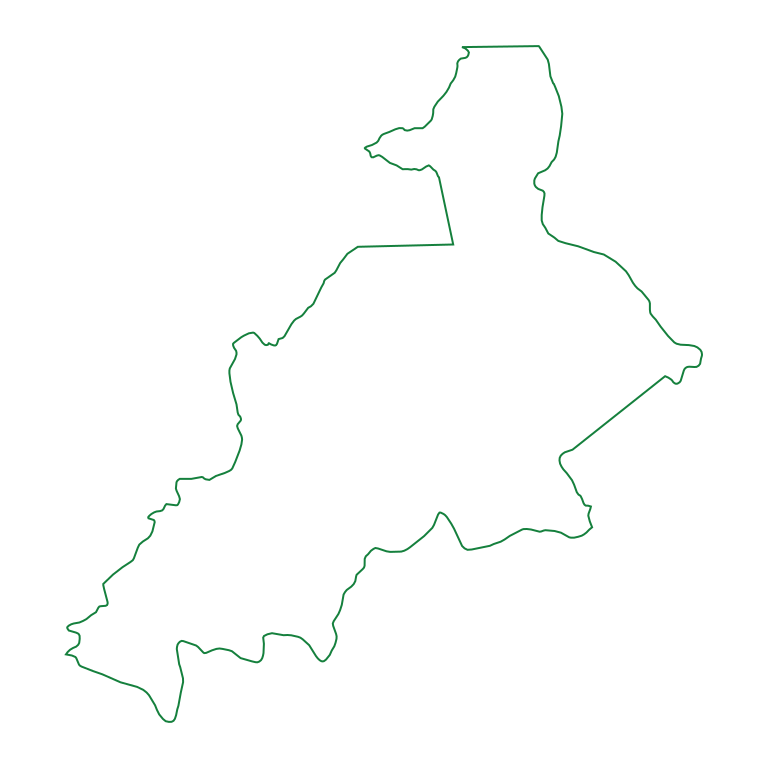 Santa Lucia, Intibucá, Honduras (orthographic projection)
{"feature_id": "27666195B24919955333863", "entity_name": "Santa Lucia", "entity_type": "district", "adm_level": 2, "iso_a3": "HND", "parent_name": "Honduras", "parent_adm1": "Intibucá", "projection": "orthographic", "projection_center": [-88.432, 13.907], "detail": "fine", "context": "isolated", "style": "outline", "palette": "green", "viewbox_px": 768, "rotation_deg": 0, "n_neighbors": 0, "source": "geoboundaries", "source_scale": "gbopen_adm2", "svg_char_len": 6063}
<svg xmlns="http://www.w3.org/2000/svg" viewBox="0 0 768 768"><path d="M462.0,47.1L465.3,48.4L467.9,50.7L468.9,52.5L468.3,55.0L467.6,56.3L466.6,57.3L465.2,57.9L460.8,58.6L459.2,59.9L458.0,61.4L457.3,63.3L457.5,66.0L457.3,67.7L456.2,73.1L455.2,76.7L453.2,80.3L450.7,83.5L449.0,87.6L446.4,92.0L443.3,95.9L437.8,101.6L434.4,106.7L433.3,109.3L433.2,113.0L432.7,116.0L431.7,119.4L430.9,120.6L424.6,126.8L422.6,128.2L414.6,128.2L409.6,130.2L407.2,130.6L404.7,130.1L403.3,128.6L402.5,128.2L399.2,128.1L395.3,129.3L389.2,132.0L384.0,133.9L382.4,134.7L381.2,135.7L379.5,138.2L378.2,140.9L376.6,142.6L372.0,145.0L366.9,146.6L365.2,147.6L364.8,148.1L365.0,148.6L369.3,151.5L370.2,153.3L370.7,155.9L371.6,157.2L373.3,157.3L376.9,155.6L378.6,155.2L379.6,155.4L382.2,156.9L389.9,162.9L396.6,165.4L402.6,169.2L407.6,169.1L411.3,169.6L414.2,169.0L416.5,169.3L418.6,170.2L419.7,170.2L421.8,169.5L426.2,166.5L428.8,165.4L430.2,166.3L433.4,169.6L435.4,170.9L436.4,172.2L438.0,176.2L439.0,177.4L453.2,244.5L357.8,246.8L347.4,253.8L343.1,259.5L340.2,263.0L336.3,270.4L334.7,272.8L325.0,279.6L324.2,281.0L323.6,283.3L321.3,287.4L313.4,303.8L310.9,306.3L308.2,307.8L303.8,313.6L302.1,315.5L300.5,316.6L295.9,319.0L294.1,320.6L291.4,324.2L284.5,336.2L282.6,338.0L278.6,339.1L277.0,343.8L276.1,345.1L275.1,345.5L273.8,345.4L271.2,344.5L268.9,343.2L268.5,343.5L268.2,344.5L267.4,344.9L266.1,345.1L264.7,344.7L262.4,342.6L259.8,338.7L257.4,335.9L254.3,333.0L253.1,332.6L248.9,333.3L244.0,335.6L241.3,337.2L233.7,343.0L233.0,344.0L233.2,345.7L234.1,347.9L236.1,350.8L236.5,352.6L236.5,354.4L235.0,359.0L229.8,368.4L229.4,370.5L229.4,373.2L230.5,381.8L233.1,393.0L236.5,404.4L237.7,412.5L238.4,414.7L240.2,416.6L240.9,418.5L241.0,419.7L240.7,420.6L237.7,424.2L237.1,426.0L237.8,428.4L241.4,435.7L241.9,437.7L242.1,439.6L241.4,444.4L239.6,450.6L235.2,462.0L232.3,468.4L231.1,469.8L229.2,471.0L224.7,473.0L216.1,475.9L209.4,479.9L205.7,479.3L204.3,478.6L202.9,477.3L201.7,477.0L191.2,478.9L179.7,478.9L178.2,479.9L177.0,481.2L176.5,482.3L175.9,488.5L176.6,490.8L179.1,496.2L179.9,499.1L179.2,502.0L178.0,504.4L177.3,505.1L176.0,505.3L166.4,504.1L165.1,505.6L163.5,509.0L162.2,510.4L160.1,511.1L156.5,511.5L154.1,512.4L151.4,514.0L149.2,515.9L148.2,517.2L148.5,518.3L153.8,520.0L154.4,520.8L154.7,522.1L152.4,531.4L150.3,535.7L147.9,538.3L142.9,541.5L139.3,544.6L137.8,547.7L133.9,558.3L132.8,560.2L130.6,561.9L122.5,567.2L113.1,574.5L103.3,583.9L103.3,585.2L104.1,588.9L107.6,602.2L107.6,603.7L107.1,605.0L105.7,605.8L100.7,606.2L99.4,606.5L98.4,607.6L96.0,612.2L91.1,615.2L86.4,619.1L83.1,620.9L79.4,622.5L73.7,623.5L71.2,624.3L68.7,625.7L67.4,627.0L67.2,627.7L67.5,628.6L68.8,630.5L76.0,632.6L77.8,633.4L78.8,634.2L79.6,635.8L79.7,638.9L79.2,642.9L78.2,644.8L76.2,646.6L73.0,648.0L70.0,649.8L67.6,652.1L66.0,654.4L71.9,655.5L75.4,657.0L76.3,658.2L79.0,664.6L80.0,665.7L81.6,666.6L93.1,671.1L102.3,674.3L120.5,682.3L137.1,686.9L143.3,689.9L146.6,692.5L149.0,695.2L155.1,705.3L156.9,709.8L159.2,714.4L162.9,718.9L165.7,721.2L168.9,721.9L171.6,721.8L173.5,720.8L174.9,718.8L176.1,715.2L177.3,709.3L178.4,705.8L180.8,692.6L183.1,682.1L183.0,678.4L180.2,667.1L179.2,664.3L176.8,649.0L177.0,647.0L177.6,644.6L178.5,643.2L179.8,641.8L181.6,640.9L183.3,641.1L196.1,645.5L198.1,647.0L203.3,652.5L204.2,653.1L206.1,652.9L212.1,650.3L216.4,648.9L219.5,648.5L222.5,648.9L228.9,650.2L231.9,651.2L240.6,658.1L252.1,661.4L255.6,662.2L257.4,662.3L259.2,661.6L261.0,660.2L262.2,658.2L263.0,655.7L263.5,653.1L263.9,643.8L263.2,637.6L264.0,636.0L267.4,634.3L272.0,633.2L283.6,635.2L287.5,635.0L291.3,635.3L298.0,636.8L300.4,637.7L302.7,639.3L309.2,645.2L316.0,656.1L317.8,658.4L319.7,660.2L321.4,661.2L322.8,661.4L324.0,661.1L326.0,659.6L329.8,654.9L331.7,650.6L334.3,646.3L335.5,642.9L336.5,638.8L336.6,636.3L336.1,634.0L333.2,625.9L332.8,623.5L333.7,621.2L338.4,614.0L340.1,610.1L341.8,604.8L343.6,594.5L345.0,592.1L346.7,590.0L351.3,586.6L353.7,584.1L355.3,581.1L356.1,576.5L356.6,574.8L362.7,569.1L364.0,567.6L364.6,565.7L364.7,558.9L365.8,556.3L368.1,554.2L370.9,550.8L373.5,548.9L375.4,548.0L378.1,548.5L386.5,551.3L390.2,551.9L401.2,551.6L404.3,550.7L407.4,549.1L410.1,547.2L424.1,536.1L432.3,527.9L434.0,524.9L438.1,514.5L439.5,512.6L440.7,512.6L443.6,514.0L445.2,515.2L446.9,517.1L451.2,523.6L454.1,528.8L462.1,546.0L464.6,548.4L467.5,549.8L471.7,549.5L489.9,545.8L493.8,544.0L500.7,541.7L504.6,539.5L509.8,535.9L522.2,529.5L523.5,529.1L526.8,529.0L531.0,529.5L539.6,531.7L541.1,531.5L543.8,530.5L545.5,530.2L554.6,531.0L561.0,532.7L569.2,537.3L571.1,537.7L574.0,537.7L578.1,536.8L581.7,535.7L584.0,534.4L586.5,532.5L589.4,529.5L592.1,527.3L589.8,521.4L588.3,515.7L588.6,513.6L590.3,509.0L590.9,506.5L588.2,505.7L585.7,505.6L584.5,504.7L583.5,503.0L582.1,499.1L580.8,496.4L580.3,495.7L578.5,494.6L576.8,492.2L574.1,484.7L572.0,480.2L566.8,473.2L563.3,469.3L561.5,466.6L560.1,463.7L559.5,460.5L559.7,457.9L560.8,455.6L562.6,453.8L564.8,452.3L572.5,449.7L665.1,376.2L668.3,377.6L671.0,379.4L672.0,380.3L673.3,382.2L674.7,383.3L676.0,383.8L677.5,383.6L679.6,382.3L680.7,380.8L683.8,370.6L684.5,369.1L685.6,367.9L687.2,367.0L689.1,366.7L694.4,367.0L696.5,366.9L698.6,365.7L700.1,363.8L701.0,358.7L701.9,355.7L702.0,354.4L701.6,352.0L700.3,349.8L697.4,347.4L694.3,346.0L688.9,345.1L680.6,344.7L676.5,343.7L674.3,342.4L668.0,335.9L660.6,326.6L655.8,319.7L652.8,316.5L650.6,313.6L650.2,312.3L649.9,309.8L649.9,303.4L649.4,301.4L648.6,300.0L641.6,291.5L637.5,288.4L635.2,285.9L632.9,282.7L628.7,275.2L626.0,271.3L615.6,261.7L603.8,254.5L593.8,252.0L578.2,246.3L565.6,243.2L558.3,240.9L554.4,237.6L548.3,233.5L545.3,227.8L542.8,224.1L541.7,220.4L541.7,215.1L542.5,207.2L544.4,195.8L544.5,193.4L543.9,191.9L542.8,190.7L538.2,188.9L535.9,187.0L534.9,185.5L534.3,183.7L534.3,180.5L534.9,178.5L538.1,173.3L545.1,170.3L547.6,168.5L549.5,166.1L551.6,162.1L554.1,159.5L555.6,156.8L556.8,152.6L558.4,141.3L559.7,135.6L561.1,126.2L562.3,113.8L561.4,106.7L558.8,96.1L555.2,87.0L553.8,83.8L553.2,83.4L550.4,76.3L548.9,64.0L547.7,59.6L539.1,46.4L538.6,46.1L462.0,47.1Z" fill="none" stroke="#15803d" stroke-width="2"/></svg>